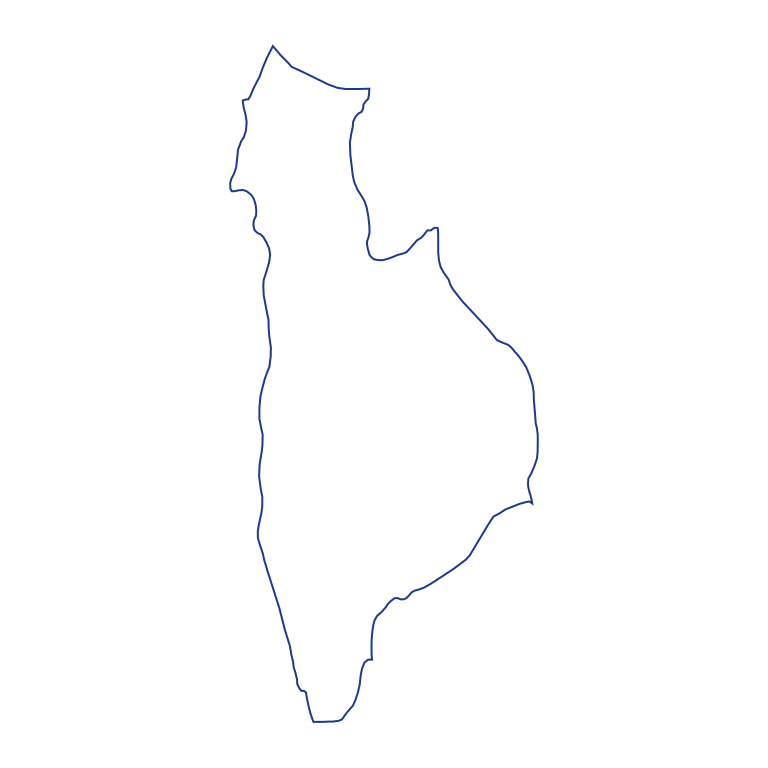 the district of Ogoulou, Ngounié, Gabon
{"feature_id": "22940354B22341987955952", "entity_name": "Ogoulou", "entity_type": "district", "adm_level": 2, "iso_a3": "GAB", "parent_name": "Gabon", "parent_adm1": "Ngounié", "projection": "equal_earth", "projection_center": [11.519, -1.32], "detail": "fine", "context": "isolated", "style": "outline", "palette": "blue", "viewbox_px": 768, "rotation_deg": 0, "n_neighbors": 0, "source": "geoboundaries", "source_scale": "gbopen_adm2", "svg_char_len": 3167}
<svg xmlns="http://www.w3.org/2000/svg" viewBox="0 0 768 768"><path d="M372.0,659.7L371.6,654.4L371.5,647.2L371.6,640.5L372.0,634.6L372.6,629.6L373.4,624.6L374.7,620.1L377.2,615.8L381.7,611.9L386.0,607.0L388.0,603.8L390.8,601.1L394.5,598.2L397.7,598.1L400.5,599.3L403.8,599.3L406.4,598.1L408.8,595.7L411.5,592.4L415.0,590.5L418.6,589.6L423.5,587.9L430.1,584.2L439.4,578.2L453.5,568.9L465.8,559.7L469.8,555.3L487.9,525.1L493.5,516.5L498.8,513.8L505.7,509.3L514.2,506.0L520.0,503.7L526.4,502.0L529.6,501.5L532.2,503.5L531.6,499.9L530.5,495.2L529.3,491.7L528.2,486.6L528.0,482.7L528.5,478.2L531.0,473.9L532.3,470.9L534.1,466.9L535.4,463.2L537.0,458.3L537.6,451.8L537.8,441.1L537.7,434.5L536.9,428.2L535.7,423.2L535.3,417.5L534.4,406.3L533.8,399.0L533.7,392.5L532.6,385.2L529.6,375.5L526.2,367.2L522.0,360.6L518.4,355.7L514.5,351.4L511.5,347.7L508.4,345.0L504.5,343.4L500.7,341.9L496.9,340.1L488.7,329.7L478.3,318.4L462.6,301.6L453.0,289.4L450.3,284.5L448.6,279.5L443.9,272.9L440.7,267.3L439.0,260.7L438.2,252.6L438.2,243.8L438.2,237.0L438.1,231.4L437.7,228.0L434.9,227.7L433.0,228.7L430.9,230.4L427.3,230.4L423.8,235.0L421.0,237.9L416.9,240.4L409.7,248.8L406.4,252.2L403.1,253.5L397.7,254.9L392.5,257.1L387.6,258.9L382.9,260.1L378.5,260.1L374.2,259.4L371.5,257.4L369.5,254.8L367.8,248.8L367.0,244.0L367.1,241.1L368.4,237.7L369.5,232.9L369.4,226.4L368.4,216.9L366.7,207.7L364.6,201.3L361.2,195.5L357.5,189.8L354.3,182.3L352.8,175.6L350.4,155.2L349.9,142.8L351.2,134.0L352.7,127.2L353.2,121.6L355.5,116.6L358.6,113.4L361.6,111.8L363.2,108.5L363.4,104.6L365.9,101.2L368.2,98.8L369.0,94.4L369.3,88.7L358.9,89.0L345.8,89.0L337.7,87.9L328.1,84.4L313.7,77.3L301.4,71.3L291.7,66.9L288.6,63.3L280.6,55.2L272.9,46.1L266.8,58.1L262.9,67.4L259.6,76.6L253.2,89.0L250.8,95.1L248.3,99.4L246.2,99.4L242.7,100.5L243.0,102.8L243.9,108.7L245.4,113.9L246.7,122.2L245.9,130.6L244.0,136.9L241.2,141.2L238.0,149.8L237.4,156.1L236.2,167.2L234.2,173.3L231.1,179.4L230.2,183.3L230.4,188.7L231.8,191.2L234.8,191.2L238.6,190.3L243.1,190.0L246.3,191.1L248.4,192.5L251.4,195.0L254.0,199.3L255.7,205.1L256.3,210.6L256.0,215.8L253.8,220.5L253.4,225.3L254.5,230.0L257.3,232.9L260.9,234.5L263.5,237.3L266.5,242.6L269.2,248.7L270.1,254.8L269.3,261.4L267.2,268.9L265.1,275.7L263.7,279.9L263.3,286.0L263.7,295.3L265.1,302.8L267.2,313.8L268.5,319.7L268.7,328.1L269.2,335.5L270.9,347.7L270.7,356.5L269.3,367.0L267.2,372.1L264.7,379.2L262.4,388.0L260.5,395.9L259.4,407.8L259.4,418.7L261.0,427.1L262.7,434.9L262.4,445.3L261.9,450.5L261.8,451.1L259.6,464.6L259.1,476.5L260.6,488.1L262.3,496.9L262.3,506.1L261.5,512.5L260.0,519.5L258.7,525.6L257.8,531.5L257.9,538.0L259.6,543.9L262.7,553.2L264.4,560.6L267.5,571.0L279.2,607.6L285.0,630.2L290.1,646.7L291.2,654.2L293.1,661.8L293.7,667.4L295.3,672.4L297.0,679.1L297.3,684.2L299.1,687.9L301.4,690.9L303.9,690.9L306.0,692.4L306.5,695.9L307.6,701.5L309.0,707.8L310.5,713.6L311.9,717.8L313.5,721.9L322.9,721.9L328.7,721.6L332.7,721.6L338.7,720.8L342.0,719.4L344.5,715.8L346.8,712.7L350.1,708.8L352.9,705.7L355.3,700.4L357.8,692.8L359.7,684.7L360.6,676.0L362.0,668.7L364.5,662.5L368.0,659.7L372.0,659.7L372.0,659.7Z" fill="none" stroke="#1e3a8a" stroke-width="2"/></svg>